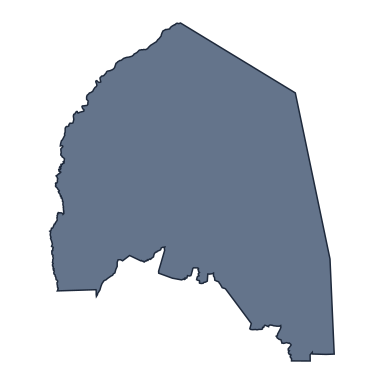 Santa Rosa, Catamarca, Argentina
{"feature_id": "61730980B62858565899892", "entity_name": "Santa Rosa", "entity_type": "district", "adm_level": 2, "iso_a3": "ARG", "parent_name": "Argentina", "parent_adm1": "Catamarca", "projection": "robinson", "projection_center": [-65.467, -28.089], "detail": "fine", "context": "isolated", "style": "filled", "palette": "slate", "viewbox_px": 384, "rotation_deg": 0, "n_neighbors": 0, "source": "geoboundaries", "source_scale": "gbopen_adm2", "svg_char_len": 5771}
<svg xmlns="http://www.w3.org/2000/svg" viewBox="0 0 384 384"><path d="M334.2,354.1L330.0,259.0L295.3,92.9L180.5,23.0L178.9,23.6L177.6,23.4L177.1,23.2L176.1,23.6L175.1,24.7L174.3,24.7L173.8,25.3L172.9,25.6L171.4,26.6L170.3,27.6L169.7,28.9L166.7,29.5L165.6,29.5L164.0,30.5L163.1,30.8L162.1,32.7L161.3,34.9L161.2,35.9L159.2,38.5L157.8,39.7L156.4,41.7L150.6,45.3L148.5,47.4L147.6,48.6L145.8,49.6L143.5,49.5L142.9,49.8L141.3,49.7L140.8,50.0L139.7,50.0L139.1,50.3L137.5,52.0L136.7,52.7L134.0,54.1L133.5,55.0L132.0,56.2L128.9,57.1L126.5,57.4L123.6,58.4L121.3,60.3L120.6,60.5L119.9,60.5L117.6,61.9L117.2,62.5L116.0,63.3L114.7,67.3L113.9,68.6L112.4,69.7L111.0,70.2L110.7,70.5L107.3,71.2L106.6,71.8L105.9,73.3L105.0,74.2L103.9,75.5L102.8,76.0L101.9,76.0L101.5,76.2L100.7,77.2L100.3,77.4L100.1,77.8L100.0,78.6L100.8,81.9L100.4,82.2L98.8,82.4L97.8,81.7L96.8,80.6L96.0,80.9L95.8,81.4L95.8,81.8L96.1,82.8L96.5,83.5L96.9,85.3L96.5,86.2L96.2,86.7L95.2,87.3L94.7,87.9L93.6,89.5L92.8,91.2L91.1,92.4L89.4,93.0L88.5,94.1L87.1,95.3L86.6,96.9L86.6,99.3L88.1,100.9L88.1,101.8L87.8,103.0L87.9,104.2L87.1,105.3L86.7,105.5L85.0,105.6L84.0,105.9L82.9,105.8L82.0,106.3L82.0,106.8L82.5,108.2L82.8,108.8L83.9,109.6L83.9,111.0L83.5,111.3L80.0,112.2L78.3,113.0L77.9,113.0L77.7,112.7L77.3,111.6L77.0,111.4L76.3,111.6L76.3,111.9L75.3,113.0L75.1,113.7L73.7,114.4L73.6,115.4L73.3,115.9L73.8,119.5L73.0,122.8L71.9,123.3L69.9,123.2L69.6,123.9L69.0,124.3L68.7,126.0L67.8,126.5L66.5,126.5L65.7,127.2L65.2,128.2L65.1,132.5L64.7,133.1L64.5,134.1L64.8,135.2L62.4,139.8L61.4,140.8L60.6,143.8L60.3,145.9L61.6,145.6L62.4,145.8L62.8,146.2L62.7,146.9L61.2,148.5L60.8,149.1L61.2,153.1L60.9,153.6L60.8,154.4L60.8,155.0L62.0,156.2L62.0,156.6L62.3,156.6L62.7,157.2L64.2,158.4L64.5,158.9L64.2,160.1L64.2,161.3L63.2,161.8L63.5,162.2L64.1,162.6L64.1,162.9L63.9,163.2L62.7,163.6L62.3,164.4L62.0,164.5L61.4,164.2L61.0,164.3L60.9,164.7L61.2,165.1L61.2,165.5L61.3,166.5L61.0,166.7L60.5,166.2L60.2,166.3L59.5,167.3L60.0,167.8L60.5,167.9L60.8,168.3L60.7,168.9L60.4,169.3L58.9,169.2L58.7,169.4L58.8,170.0L59.1,170.2L59.0,171.1L59.4,171.6L59.8,171.6L60.0,171.4L60.8,172.1L59.4,173.6L58.5,173.9L57.6,174.9L56.1,175.9L57.3,177.4L57.4,178.3L57.7,178.5L57.4,180.1L57.3,181.3L57.5,181.6L57.3,182.2L56.7,183.1L56.2,182.9L55.7,183.0L55.5,183.5L55.9,185.4L55.5,185.8L55.6,186.5L57.2,188.0L58.1,189.5L59.3,190.7L59.0,191.4L58.4,191.7L58.6,192.2L59.0,193.0L60.0,194.0L60.5,196.2L60.8,196.2L61.0,195.9L61.2,196.0L61.3,197.0L61.1,197.9L61.5,198.1L61.8,197.9L62.0,198.1L62.6,200.5L62.4,201.2L63.1,201.9L62.9,204.6L63.5,206.9L63.2,207.4L63.4,207.8L63.5,210.4L63.8,210.9L63.6,211.2L63.8,211.6L63.8,213.6L63.0,214.4L62.7,213.5L61.2,212.8L60.4,212.8L60.2,212.9L58.6,212.6L58.6,213.0L57.7,213.2L57.6,213.6L57.8,214.3L57.6,214.8L57.1,215.3L57.3,217.2L56.9,217.7L57.2,219.5L57.1,220.4L55.4,222.8L55.2,223.8L54.3,224.1L52.9,227.7L52.3,228.3L51.5,228.2L51.0,230.4L50.6,230.8L49.8,231.2L50.6,232.0L50.2,234.8L50.7,236.7L51.0,237.2L50.5,238.3L51.5,240.8L52.4,244.0L52.1,245.0L51.5,246.3L52.1,246.8L53.1,247.2L53.3,247.8L52.8,248.5L52.6,249.3L52.8,250.0L52.7,250.6L51.8,250.9L51.9,253.7L52.1,254.6L53.0,255.2L52.8,256.5L53.3,258.3L52.7,259.8L52.8,260.9L52.4,262.5L53.2,263.4L52.6,264.3L52.5,264.8L52.7,265.1L52.5,265.4L52.6,266.0L53.1,266.4L53.0,266.7L53.3,267.5L53.1,268.1L53.2,268.9L53.7,268.7L54.0,268.8L53.9,269.4L53.5,269.9L53.5,270.4L54.2,270.8L54.3,271.3L53.8,272.7L54.0,274.0L55.0,274.8L55.2,275.4L55.1,276.0L55.8,277.1L56.1,279.6L56.8,279.9L57.7,281.1L57.5,282.2L57.0,282.7L57.1,284.1L57.2,284.9L57.5,285.2L57.4,285.7L57.5,287.3L58.1,287.9L58.2,288.4L57.8,289.0L58.0,289.5L57.3,290.9L96.0,289.7L96.2,291.2L96.2,294.5L96.4,296.4L97.5,294.6L97.6,293.6L99.9,290.0L100.9,286.5L102.0,283.6L104.0,280.7L106.4,279.6L107.2,278.7L111.1,276.0L112.6,275.3L113.4,273.8L114.9,272.9L115.8,269.5L117.2,266.4L117.2,262.2L118.1,259.8L120.4,259.7L122.6,260.8L129.6,255.5L140.7,260.8L141.3,260.5L142.0,261.1L143.0,261.1L143.2,261.5L143.8,261.6L143.9,261.9L144.4,262.0L145.5,260.9L146.3,261.0L146.9,260.7L147.3,259.8L148.0,260.3L148.4,259.8L150.0,258.9L150.6,259.3L151.8,258.1L153.5,256.9L153.8,255.3L154.3,253.7L155.5,252.3L156.8,252.0L157.1,251.4L160.5,249.9L161.0,248.8L161.1,248.2L161.5,247.8L162.9,247.2L163.6,247.3L164.8,247.0L164.3,248.6L164.7,250.2L158.6,271.2L158.7,273.2L172.4,278.2L181.6,279.9L183.8,279.0L184.3,279.5L185.1,279.1L184.9,278.8L185.0,278.0L186.7,278.1L187.1,277.3L187.5,275.6L189.2,276.0L190.7,275.7L191.1,275.1L192.6,269.7L192.6,268.8L193.5,267.8L197.6,267.9L198.3,268.3L198.2,268.8L198.5,269.0L198.0,269.7L198.4,270.3L198.6,271.6L199.5,272.5L198.3,273.6L198.3,274.4L199.0,275.8L197.6,276.4L197.2,277.1L196.6,279.7L198.1,280.4L199.4,280.6L199.6,281.4L199.4,282.2L199.5,283.1L201.1,283.5L203.1,283.3L203.9,282.4L205.6,282.1L207.3,281.1L207.8,274.0L209.6,274.1L212.3,273.7L213.5,273.1L213.5,276.0L214.5,277.5L214.8,280.2L217.4,281.4L218.3,281.6L218.9,282.1L219.1,282.8L220.3,284.3L222.2,287.7L225.1,288.6L225.6,289.0L251.3,323.5L249.8,328.8L250.8,329.5L252.7,329.7L255.5,329.5L257.0,329.8L259.0,329.4L261.1,329.4L262.1,329.2L262.5,328.8L262.6,327.4L263.7,327.3L264.0,326.4L264.6,325.4L265.0,325.2L268.6,326.7L268.8,325.8L269.3,325.3L270.4,325.0L272.3,325.3L273.7,325.8L275.1,325.9L276.9,326.2L279.4,326.2L280.7,325.5L280.9,327.2L280.3,329.0L277.6,334.1L277.4,335.6L276.2,336.2L276.9,337.1L277.1,337.8L279.2,339.4L280.9,339.7L282.0,343.2L282.5,343.1L283.6,343.4L286.7,342.6L288.3,343.2L289.3,343.0L291.0,344.5L291.1,345.0L290.1,346.5L288.2,348.8L288.2,349.6L288.4,350.7L289.3,350.8L288.6,352.0L288.4,352.7L288.7,353.3L289.4,354.5L290.2,354.3L290.8,354.5L290.9,355.3L290.2,356.5L290.5,357.6L291.5,358.4L291.5,360.9L310.2,361.0L310.1,354.8L312.3,352.3L312.4,354.0L326.1,354.4L334.2,354.1Z" fill="#64748b" stroke="#1e293b" stroke-width="1.5"/></svg>